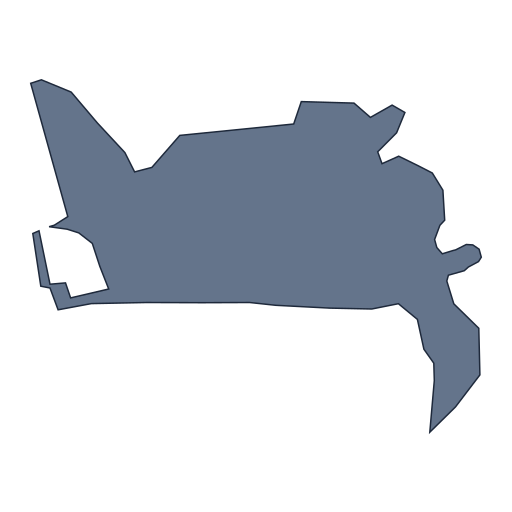 the district of Gulistan, Sirdaryo, Uzbekistan
{"feature_id": "79887680B43594264952232", "entity_name": "Gulistan", "entity_type": "district", "adm_level": 2, "iso_a3": "UZB", "parent_name": "Uzbekistan", "parent_adm1": "Sirdaryo", "projection": "orthographic", "projection_center": [68.94, 40.477], "detail": "fine", "context": "isolated", "style": "filled", "palette": "slate", "viewbox_px": 512, "rotation_deg": 0, "n_neighbors": 0, "source": "geoboundaries", "source_scale": "gbopen_adm2", "svg_char_len": 960}
<svg xmlns="http://www.w3.org/2000/svg" viewBox="0 0 512 512"><path d="M49.1,226.7L67.2,229.2L78.8,232.9L92.3,243.4L99.8,266.3L108.7,289.0L70.6,297.9L65.5,282.9L50.0,284.2L39.0,230.8L32.8,233.5L40.8,286.2L50.0,288.0L58.1,309.8L91.4,303.6L146.8,302.5L202.1,302.7L249.6,302.5L275.8,305.3L329.7,308.1L371.8,309.0L398.4,303.7L417.4,319.4L423.9,349.2L433.8,363.2L434.3,380.6L429.8,432.2L455.5,406.9L479.9,374.9L478.8,328.3L453.8,303.8L446.8,281.0L448.4,275.2L464.3,270.7L468.4,267.0L478.5,261.6L481.3,257.2L479.1,249.2L472.8,244.9L466.3,244.5L455.6,249.9L453.1,250.5L442.3,253.8L436.8,247.5L434.6,239.5L439.9,225.3L444.7,220.2L442.9,190.2L432.3,173.0L417.9,165.6L398.7,156.2L382.0,163.7L377.7,151.8L396.6,132.8L404.9,112.5L392.1,105.1L370.4,117.4L354.0,103.1L301.3,101.6L293.7,124.0L179.8,135.4L151.9,167.4L134.6,171.9L124.9,152.6L97.4,123.0L71.2,92.1L41.4,79.8L30.7,83.3L67.8,216.6L54.3,225.2L49.1,226.7Z" fill="#64748b" stroke="#1e293b" stroke-width="1.5"/></svg>